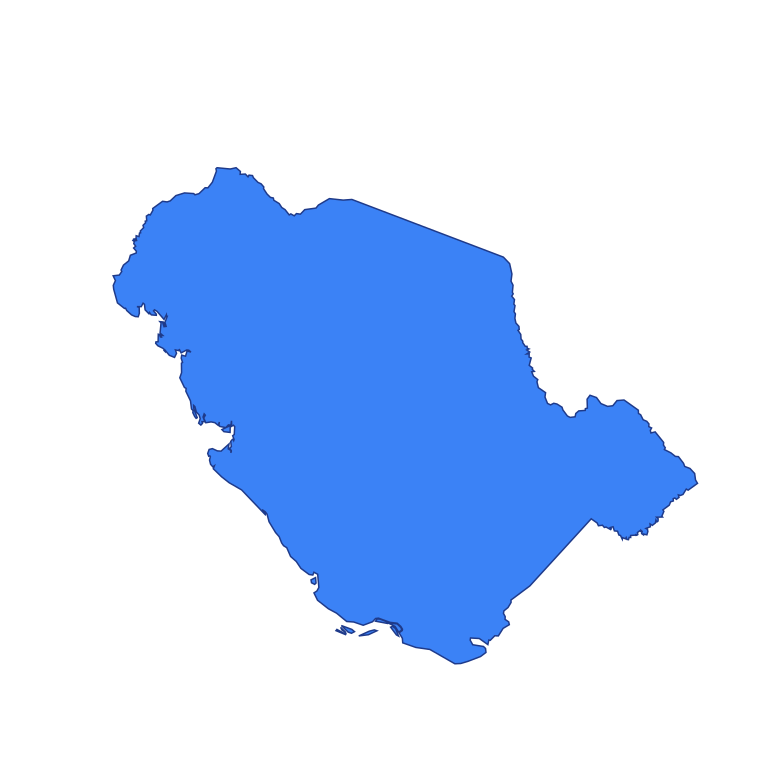 outline of Buzi, Sofala, Mozambique, rotated 142°
{"feature_id": "85939544B98429522964184", "entity_name": "Buzi", "entity_type": "district", "adm_level": 2, "iso_a3": "MOZ", "parent_name": "Mozambique", "parent_adm1": "Sofala", "projection": "equal_earth", "projection_center": [34.585, -20.074], "detail": "fine", "context": "isolated", "style": "filled", "palette": "blue", "viewbox_px": 768, "rotation_deg": 142, "n_neighbors": 0, "source": "geoboundaries", "source_scale": "gbopen_adm2", "svg_char_len": 6180}
<svg xmlns="http://www.w3.org/2000/svg" viewBox="0 0 768 768"><g transform="rotate(142 384 384)"><path d="M462.6,114.7L459.0,117.7L458.1,116.6L451.7,117.4L449.0,115.1L440.6,118.1L433.4,117.2L432.2,119.8L433.5,124.0L431.7,126.1L431.1,129.7L429.2,131.4L423.9,131.5L418.4,133.6L416.9,135.6L393.4,135.1L303.7,150.2L301.6,143.2L302.3,140.3L298.8,138.2L298.7,135.3L297.1,134.6L295.0,129.7L294.0,130.0L294.1,131.6L291.4,130.5L292.9,126.4L290.6,124.2L291.9,120.4L290.9,119.0L291.8,114.9L290.6,116.0L289.0,113.3L287.7,113.9L288.3,112.0L287.2,110.8L285.2,112.2L284.1,111.2L282.9,112.8L278.9,110.1L277.8,110.7L278.6,109.6L278.0,109.2L276.7,109.1L275.8,110.9L272.9,110.9L272.3,109.3L271.6,110.4L271.3,108.9L273.1,107.5L272.4,105.3L271.8,105.9L269.7,103.3L266.9,105.3L265.8,107.3L266.5,108.9L262.0,107.5L260.5,109.9L259.6,107.4L255.7,107.4L253.5,109.4L253.8,107.3L252.4,107.3L250.9,109.1L251.2,111.2L246.4,107.7L246.4,108.8L241.9,111.3L241.7,113.1L233.8,112.9L230.7,114.7L228.0,113.7L226.7,115.6L225.0,115.1L224.6,113.1L221.3,113.0L220.3,115.4L219.1,113.7L216.4,112.9L210.5,115.1L209.7,113.1L198.1,112.7L197.6,116.6L194.3,122.2L194.9,129.1L197.8,133.9L196.8,137.1L196.7,145.5L199.0,147.6L200.3,153.1L203.4,159.7L201.6,160.6L201.4,163.8L199.6,165.8L199.8,179.3L203.8,181.1L202.7,183.5L200.2,184.6L201.6,187.4L199.8,189.4L199.9,192.8L201.8,196.3L200.7,201.8L201.6,204.1L199.7,206.8L204.7,223.6L210.6,227.5L217.1,226.0L221.6,228.7L225.1,235.0L224.9,242.5L228.6,248.3L233.3,247.0L238.6,239.8L240.5,240.6L241.7,239.3L247.1,242.9L251.0,242.7L253.6,240.5L257.9,243.1L259.2,245.9L259.0,253.4L258.0,256.1L260.0,261.7L262.1,264.3L265.6,265.0L267.1,268.0L265.2,274.6L262.0,277.7L264.6,286.1L262.1,291.6L260.1,292.8L261.4,298.1L260.1,302.7L257.8,301.4L258.1,304.3L257.1,305.1L258.1,309.3L252.0,313.9L253.1,315.9L251.0,318.4L253.0,319.8L249.5,319.5L250.6,323.0L248.2,322.4L249.1,324.0L248.1,325.6L249.5,326.7L249.2,331.2L248.3,332.3L248.3,335.1L245.7,338.9L245.4,343.8L243.9,343.7L242.2,346.3L242.5,350.9L240.4,355.2L237.3,358.3L237.0,361.0L232.5,365.1L232.5,367.0L229.2,370.2L229.3,374.6L226.7,375.5L226.4,377.2L221.5,382.4L220.6,386.8L215.5,391.9L210.9,401.5L211.8,410.5L295.7,549.2L302.9,554.0L312.9,563.7L325.5,565.4L329.3,564.5L339.1,570.2L345.3,569.3L348.1,572.2L351.2,571.8L352.7,575.4L354.6,575.6L354.6,582.3L355.9,586.0L355.5,590.7L357.7,596.6L356.7,598.7L358.6,601.0L359.2,605.7L358.7,612.0L357.4,613.3L357.6,617.4L359.2,620.5L359.9,626.9L359.3,629.2L361.8,631.7L363.6,631.0L364.0,634.8L368.3,637.8L366.3,639.9L367.4,645.5L372.8,648.1L382.4,657.2L383.9,657.1L385.0,654.9L395.0,648.7L402.0,647.0L404.1,648.8L412.6,647.9L416.5,649.5L416.7,651.2L423.6,657.4L432.0,660.6L439.7,659.9L442.8,661.0L446.0,664.3L458.2,664.7L459.1,663.2L464.1,661.1L464.9,662.4L467.9,662.6L470.5,658.7L471.9,659.3L472.7,657.8L476.2,657.4L477.1,655.2L481.8,654.6L482.7,653.0L483.7,653.5L486.3,651.0L488.0,653.4L490.0,651.1L491.5,652.0L491.3,650.5L490.1,650.5L490.6,649.4L492.2,650.2L492.3,652.0L493.5,651.8L493.1,650.0L494.8,648.6L494.8,645.5L497.6,645.3L497.4,641.1L498.6,639.8L504.6,641.6L509.4,638.2L516.1,638.1L521.0,635.7L521.4,634.1L525.5,632.8L530.8,636.0L532.0,630.8L536.6,628.4L538.6,625.2L544.1,612.0L542.0,603.3L541.0,602.8L541.5,600.3L540.4,593.9L538.5,590.3L536.3,588.3L533.3,590.3L529.8,595.0L531.0,597.1L527.7,594.4L524.1,596.0L523.7,594.3L526.6,589.5L526.0,584.1L524.8,584.8L524.8,581.7L521.1,578.3L520.4,579.2L520.6,583.5L519.2,583.8L518.1,581.0L517.6,570.3L512.9,572.5L513.7,571.3L513.1,570.8L518.7,567.4L520.2,563.5L522.1,564.6L520.3,569.3L522.2,571.1L522.1,569.4L529.1,562.0L528.4,558.3L530.4,559.5L530.6,558.1L531.2,558.7L530.7,560.4L528.9,559.0L531.2,562.2L536.0,556.4L537.8,557.6L538.9,556.6L538.7,553.4L536.2,548.2L536.0,546.0L536.7,545.9L536.5,544.2L535.7,545.1L535.5,538.8L532.7,533.9L528.6,535.9L527.4,539.3L524.8,536.2L523.9,537.7L524.7,533.4L518.5,532.3L517.0,530.8L516.5,528.0L518.8,531.3L523.3,528.1L525.6,531.3L527.9,529.2L529.5,525.0L530.8,525.1L536.5,517.6L541.1,514.6L543.4,504.1L542.6,502.4L544.6,500.3L546.9,489.8L551.1,482.8L550.8,480.6L552.3,479.1L553.2,475.0L553.2,472.6L551.9,472.4L549.1,481.6L547.2,484.3L546.9,482.7L549.1,477.5L548.8,473.3L550.2,469.8L554.2,467.2L553.6,464.4L551.3,464.7L550.6,466.4L548.5,464.5L546.9,469.4L544.1,471.2L544.0,469.4L547.0,468.2L548.3,463.2L543.6,460.6L541.1,457.7L540.1,453.5L537.1,455.4L539.3,453.3L539.5,451.6L535.5,447.0L531.8,447.6L529.9,445.8L526.8,448.9L530.1,444.5L528.0,444.2L527.9,442.3L533.1,436.4L535.1,436.4L536.3,432.6L537.2,432.0L536.8,433.3L537.5,433.7L540.2,433.1L542.8,428.7L545.3,428.3L545.3,425.6L546.0,424.7L547.1,424.1L545.5,425.9L546.7,428.8L543.0,432.2L553.7,431.4L556.5,433.9L559.0,438.7L562.1,440.1L565.7,437.8L566.6,435.0L565.5,434.6L565.6,433.6L568.3,431.5L570.1,427.5L569.9,424.1L568.0,424.0L570.7,422.3L569.1,410.8L566.8,401.5L561.4,388.2L558.0,354.1L556.9,354.8L557.4,360.1L556.2,356.3L556.3,353.4L559.4,346.2L560.9,333.7L560.6,328.2L562.5,321.8L562.7,318.4L561.4,314.9L563.8,305.6L562.4,298.2L563.0,289.8L560.3,280.0L557.7,277.3L555.1,278.8L553.4,274.9L560.6,263.8L564.3,262.2L567.8,262.5L569.5,254.5L566.2,241.1L562.5,232.7L559.6,219.8L554.4,215.1L548.9,206.7L539.4,203.7L535.0,204.4L532.5,202.9L526.0,192.5L520.9,187.4L520.0,182.7L520.4,179.4L521.4,178.5L525.3,178.6L526.1,172.3L528.6,168.5L521.1,156.8L511.3,146.6L500.4,119.9L495.6,116.5L488.7,113.8L475.7,109.8L468.9,109.7L466.8,113.1L467.2,115.9L474.6,123.9L473.8,129.1L472.2,130.6L465.6,124.8L462.6,114.7ZM521.7,179.1L520.6,181.4L521.3,186.8L527.8,193.0L524.5,186.1L525.2,179.5L521.7,179.1ZM535.1,440.6L530.8,445.9L539.8,447.9L539.5,445.0L535.1,440.6ZM559.0,201.0L550.6,196.0L541.5,193.9L543.0,196.2L547.8,198.3L559.0,201.0ZM563.1,207.6L559.7,207.0L560.4,210.4L566.3,219.9L565.0,210.6L563.1,207.6ZM528.5,188.3L528.7,178.6L527.7,176.4L525.5,184.2L526.5,187.8L528.5,188.3ZM562.0,268.8L560.1,269.0L557.1,273.6L562.1,274.6L563.5,272.0L562.0,268.8ZM534.0,203.1L536.7,202.3L528.6,193.1L527.6,193.9L531.7,200.9L534.0,203.1ZM568.6,210.2L567.7,210.6L567.1,212.5L568.0,218.9L568.6,216.1L567.4,212.4L568.5,211.0L572.2,219.6L573.7,219.2L568.6,210.2ZM519.6,567.4L520.3,566.3L520.4,564.4L519.5,566.0L519.6,567.4Z" fill="#3b82f6" stroke="#1e3a8a" stroke-width="1.5"/></g></svg>